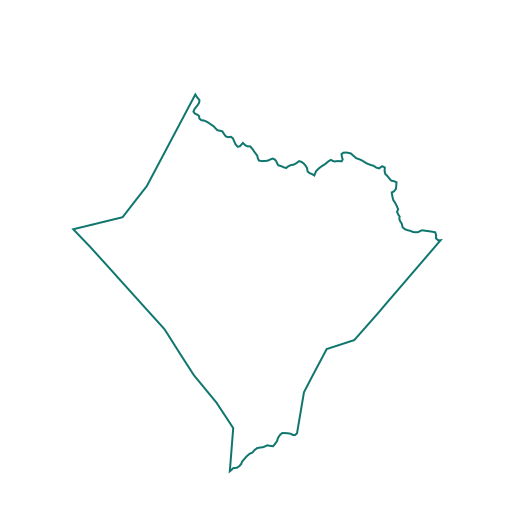 outline of Boquira, Bahia, Brazil, rotated 321°
{"feature_id": "56859067B56543556798055", "entity_name": "Boquira", "entity_type": "district", "adm_level": 2, "iso_a3": "BRA", "parent_name": "Brazil", "parent_adm1": "Bahia", "projection": "orthographic", "projection_center": [-42.646, -12.726], "detail": "fine", "context": "isolated", "style": "outline", "palette": "teal", "viewbox_px": 512, "rotation_deg": 321, "n_neighbors": 0, "source": "geoboundaries", "source_scale": "gbopen_adm2", "svg_char_len": 2371}
<svg xmlns="http://www.w3.org/2000/svg" viewBox="0 0 512 512"><g transform="rotate(321 256 256)"><path d="M397.1,245.7L395.5,243.2L394.8,239.6L394.2,235.9L391.5,232.6L388.9,230.7L386.6,230.6L385.3,232.8L384.1,235.5L382.2,236.3L380.4,234.7L378.6,233.2L376.7,232.1L375.5,230.4L374.7,228.4L371.7,228.0L368.0,228.1L365.0,227.8L362.8,227.5L359.5,227.5L356.0,227.9L352.0,230.1L351.1,227.6L349.8,225.4L349.3,222.8L351.0,219.8L351.4,216.8L351.3,214.4L350.7,211.7L349.2,209.4L345.9,209.3L343.0,208.8L340.1,207.2L337.4,206.6L334.8,206.6L333.3,204.4L332.1,201.9L330.4,199.5L330.8,197.1L331.4,194.9L331.3,192.7L330.2,190.7L327.9,190.0L325.2,189.3L323.2,188.1L320.1,185.8L318.3,183.6L319.1,180.7L320.1,178.9L320.2,176.6L320.3,173.4L320.6,171.0L320.5,167.2L318.3,165.3L317.3,163.0L317.0,159.9L312.6,160.6L310.5,159.6L310.4,156.2L311.2,153.3L312.1,149.9L311.5,147.6L309.0,146.0L307.8,144.0L307.9,141.2L308.3,137.9L306.5,135.6L305.1,133.9L304.9,131.3L304.7,128.5L303.7,125.2L303.0,122.7L302.0,120.2L301.0,118.2L299.0,116.1L298.5,113.5L299.8,111.5L299.4,109.4L298.2,107.0L298.2,104.5L300.7,103.1L305.6,102.0L308.2,101.1L310.1,99.4L310.1,95.4L310.5,92.3L215.0,133.0L200.1,136.4L176.7,141.9L130.8,120.2L132.9,145.2L135.0,183.3L135.1,186.2L137.2,225.8L138.8,254.8L138.4,259.1L135.4,284.7L132.7,309.5L133.0,345.1L130.0,375.4L100.2,406.8L102.5,406.8L104.6,406.5L108.0,408.6L111.0,408.8L113.6,408.3L115.9,407.0L122.6,405.8L126.6,405.7L129.6,406.5L132.6,405.9L136.0,406.0L138.4,407.3L141.3,409.1L143.4,409.7L145.6,410.2L147.0,411.9L149.6,414.6L153.2,413.8L155.9,413.1L158.6,411.2L162.3,410.1L165.0,410.1L167.0,411.8L169.2,413.8L171.3,416.3L172.0,418.4L173.6,419.7L176.3,419.6L192.2,405.6L207.5,392.1L223.7,385.0L252.4,372.8L279.5,383.2L316.1,377.0L327.1,374.9L409.4,359.9L407.5,358.6L407.0,355.6L409.1,353.1L410.2,350.4L407.6,347.3L404.1,343.6L401.1,340.4L396.9,339.4L395.0,338.0L393.2,336.3L391.9,333.8L390.1,331.4L388.7,329.2L388.0,326.1L389.6,322.6L390.0,319.4L390.7,317.4L392.4,315.8L392.7,313.1L393.4,310.4L395.8,309.2L396.9,305.6L397.6,302.1L397.8,299.3L398.7,297.0L400.2,294.2L401.5,292.0L403.8,292.6L406.9,291.9L409.2,289.7L411.6,287.1L410.3,284.7L408.5,282.5L408.4,279.8L408.4,276.3L408.1,273.5L409.4,270.9L411.8,268.3L410.5,265.6L406.8,265.4L405.1,263.0L404.1,259.8L402.4,257.4L400.3,253.7L399.3,250.8L398.6,248.7L397.1,245.7Z" fill="none" stroke="#0f766e" stroke-width="2"/></g></svg>